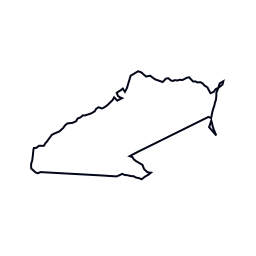 outline of Barreiros, Pernambuco, Brazil, rotated 347°
{"feature_id": "56859067B84066536969081", "entity_name": "Barreiros", "entity_type": "district", "adm_level": 2, "iso_a3": "BRA", "parent_name": "Brazil", "parent_adm1": "Pernambuco", "projection": "natural_earth1", "projection_center": [-35.237, -8.82], "detail": "fine", "context": "isolated", "style": "outline", "palette": "ink", "viewbox_px": 256, "rotation_deg": 347, "n_neighbors": 0, "source": "geoboundaries", "source_scale": "gbopen_adm2", "svg_char_len": 1670}
<svg xmlns="http://www.w3.org/2000/svg" viewBox="0 0 256 256"><g transform="rotate(347 128 128)"><path d="M25.4,141.4L24.6,145.7L27.9,150.4L29.9,151.8L32.9,151.3L62.9,160.0L67.8,161.4L93.0,168.7L97.5,170.1L106.0,172.6L109.0,172.1L112.0,171.4L114.6,173.2L116.5,173.7L119.8,175.4L122.9,176.4L124.3,177.9L127.6,179.4L129.8,181.0L133.7,179.2L137.4,178.1L140.2,176.7L137.0,175.5L134.4,171.6L133.8,167.2L128.4,162.1L126.7,160.0L125.7,157.3L123.3,155.8L132.4,153.4L153.6,148.4L170.4,144.4L208.9,135.3L211.2,137.1L212.8,133.5L214.1,130.7L215.4,128.4L217.0,125.9L218.4,122.9L220.0,120.3L221.3,116.7L222.0,113.6L223.3,111.7L225.1,109.2L222.3,109.8L219.5,112.1L216.2,112.6L215.2,109.0L214.5,106.3L211.9,103.6L210.9,101.6L209.0,99.7L205.9,99.2L204.2,97.8L201.9,97.3L200.1,94.4L198.9,92.3L196.6,92.3L191.9,93.5L189.0,92.6L187.0,92.9L184.5,91.9L182.3,92.3L180.4,91.2L178.4,88.5L176.1,88.4L172.1,91.0L169.3,89.2L165.2,86.6L161.4,82.1L157.2,81.9L155.2,79.3L153.6,76.9L150.6,75.0L142.3,77.7L135.9,88.9L133.1,92.1L131.8,88.4L129.4,89.6L126.9,90.4L124.9,91.2L125.5,94.7L127.1,96.3L128.9,97.6L123.7,98.9L121.4,95.0L119.3,97.3L112.9,101.2L109.8,102.5L107.0,103.1L104.0,101.2L101.4,102.1L99.2,104.3L95.3,105.5L88.8,106.1L86.9,105.5L84.3,106.9L80.9,107.5L79.0,109.7L75.0,110.5L70.0,109.9L67.3,111.2L65.0,113.3L60.4,115.9L55.8,116.7L52.3,117.5L49.8,119.6L45.9,123.0L43.9,124.4L42.1,126.4L37.2,125.3L34.4,126.7L31.8,126.3L30.8,128.3L29.1,133.4L27.4,138.0L25.4,141.4ZM212.3,155.1L211.7,151.5L211.2,148.8L210.9,145.6L210.9,142.5L210.8,139.6L207.2,145.4L212.3,155.1ZM225.1,109.2L227.9,107.9L229.8,107.0L231.4,103.9L227.3,105.2L225.1,109.2Z" fill="none" stroke="#020617" stroke-width="2"/></g></svg>